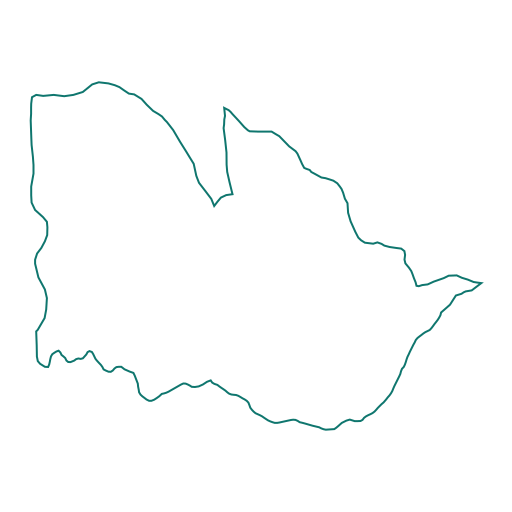 outline of Rangthangling, Chirang, Bhutan
{"feature_id": "84629894B33629251386681", "entity_name": "Rangthangling", "entity_type": "district", "adm_level": 2, "iso_a3": "BTN", "parent_name": "Bhutan", "parent_adm1": "Chirang", "projection": "equal_earth", "projection_center": [90.106, 26.982], "detail": "fine", "context": "isolated", "style": "outline", "palette": "teal", "viewbox_px": 512, "rotation_deg": 0, "n_neighbors": 0, "source": "geoboundaries", "source_scale": "gbopen_adm2", "svg_char_len": 4213}
<svg xmlns="http://www.w3.org/2000/svg" viewBox="0 0 512 512"><path d="M44.9,366.8L48.1,367.0L49.2,364.5L49.8,361.8L50.3,359.1L51.0,356.4L52.3,354.2L54.3,352.8L56.4,351.5L58.6,350.7L60.4,352.5L61.5,354.9L63.4,356.4L65.2,358.0L66.4,360.5L68.2,362.0L70.5,362.1L74.2,360.6L76.2,359.1L78.4,358.5L80.7,358.9L82.9,358.3L84.6,356.4L86.3,354.5L87.6,352.1L89.5,351.1L91.9,352.0L93.2,354.1L95.4,358.7L96.7,360.4L98.8,362.7L100.9,364.9L102.4,367.0L103.6,369.4L105.7,370.5L108.5,371.7L110.8,371.8L112.8,370.5L114.5,368.5L116.4,367.1L118.7,366.8L121.3,366.8L124.5,369.3L129.7,371.6L133.4,372.9L134.8,375.8L137.8,383.6L138.1,386.6L138.7,389.6L139.1,392.3L140.5,394.6L142.3,396.3L144.3,397.8L146.5,399.5L149.1,400.8L151.4,400.8L154.2,399.7L156.8,398.0L159.2,396.3L161.8,393.9L164.1,393.4L166.3,392.7L168.5,391.7L170.6,390.5L172.7,389.3L174.8,388.1L176.9,386.9L179.0,385.7L181.1,384.5L183.3,383.5L185.6,383.6L187.8,384.5L189.9,385.6L191.7,386.8L194.9,387.0L198.7,386.4L202.9,384.5L207.0,381.8L210.7,380.4L212.2,382.6L214.4,383.9L217.4,384.9L219.3,386.4L221.3,387.8L223.4,389.2L225.4,390.6L227.3,392.3L229.2,393.7L231.4,394.5L233.8,394.8L236.1,395.0L238.3,395.8L240.4,397.0L242.5,398.3L244.6,399.4L246.7,400.8L248.4,402.6L249.4,405.1L250.3,407.7L251.9,409.8L253.6,411.6L255.5,413.2L257.7,414.2L259.9,415.2L262.0,416.3L264.0,417.7L266.1,419.1L268.1,420.4L270.3,421.4L272.5,422.2L274.8,422.9L277.1,422.9L279.5,422.5L281.7,422.0L284.0,421.5L286.3,421.0L288.6,420.5L290.9,420.0L293.2,419.7L295.5,419.9L297.7,420.9L299.7,422.2L302.3,422.8L304.9,423.5L312.5,425.7L319.2,427.3L321.3,428.4L323.5,429.2L325.8,429.7L334.3,429.1L336.3,427.7L338.2,426.1L340.1,424.4L341.8,422.9L346.4,420.6L349.8,419.6L354.6,421.1L358.2,421.1L360.5,421.0L362.5,419.9L364.1,417.8L366.1,416.3L368.2,415.2L370.4,414.2L372.5,413.1L374.5,411.6L376.2,409.8L377.9,407.8L379.7,406.0L381.5,404.2L383.6,402.4L386.1,399.5L387.8,397.3L389.5,395.4L391.0,393.3L392.3,391.0L393.3,388.5L394.4,386.0L395.6,383.6L396.8,381.2L398.0,378.8L399.2,376.4L400.3,374.0L401.0,371.3L402.0,368.8L403.8,366.9L404.9,364.6L405.8,362.0L406.6,359.3L407.5,356.8L408.7,354.4L409.8,351.9L411.0,349.5L412.2,347.1L413.4,344.7L414.7,342.4L415.8,340.0L417.5,338.0L419.4,336.5L421.4,335.0L423.3,333.5L425.4,332.1L427.5,331.1L429.7,330.0L431.4,328.2L433.0,326.1L434.5,324.0L436.1,322.0L437.7,319.9L439.1,317.7L440.4,315.3L441.1,312.5L450.0,304.7L455.9,295.5L461.5,293.8L463.7,292.3L465.7,291.4L471.7,290.4L481.3,283.1L476.8,282.5L473.6,282.0L467.8,279.6L461.9,277.8L456.7,275.4L448.7,275.7L443.8,278.1L438.4,280.0L433.8,281.6L427.7,284.4L422.1,285.1L418.8,286.2L416.5,285.8L415.6,282.3L413.9,278.1L412.6,274.4L411.3,271.1L408.9,267.6L405.4,263.4L404.5,259.6L405.1,254.9L404.4,251.1L401.2,248.6L396.5,248.0L389.6,247.0L384.3,245.6L381.6,243.9L377.4,242.4L373.2,243.7L364.9,242.7L361.1,240.3L358.3,237.6L355.3,231.8L350.6,221.3L348.1,212.8L347.5,203.2L344.9,198.7L343.1,192.7L341.5,188.9L339.8,186.5L337.3,183.3L333.4,180.7L329.8,179.5L325.6,178.2L321.4,177.5L314.5,173.7L311.3,172.0L309.7,170.0L306.3,168.8L304.2,167.9L302.1,164.0L300.6,160.6L297.4,153.6L295.6,151.2L289.2,146.4L279.3,136.2L275.7,134.1L271.6,131.6L258.2,131.6L249.7,131.3L247.9,130.3L244.2,127.0L239.0,121.1L232.3,113.9L230.6,111.9L228.6,110.1L226.5,109.1L224.2,107.9L225.0,115.9L224.3,119.4L224.1,124.4L223.6,128.1L225.2,140.4L226.5,152.6L226.6,164.7L227.2,171.9L229.5,182.1L231.2,189.0L232.5,194.2L226.2,195.1L220.9,197.6L217.4,201.8L214.2,206.0L211.3,198.9L206.0,191.9L199.0,182.8L197.4,178.7L196.3,175.8L193.7,163.8L189.5,157.0L186.4,151.9L180.0,141.7L173.2,130.1L166.9,122.0L164.7,119.8L162.0,116.5L158.5,114.1L153.1,110.9L146.7,104.7L141.5,98.9L134.2,94.4L128.9,93.6L124.1,90.4L119.4,87.1L114.8,85.2L108.4,83.4L98.8,82.3L92.2,84.4L82.8,92.0L73.4,94.9L64.2,96.2L53.7,94.9L43.2,95.9L36.2,94.9L32.0,97.2L31.2,103.7L31.1,107.3L31.1,113.7L30.7,120.4L31.3,137.6L31.6,145.0L32.9,156.7L33.5,165.0L33.5,173.6L31.2,186.5L31.2,195.5L31.6,202.6L35.1,210.0L43.0,217.1L46.9,221.8L47.4,227.3L47.2,235.1L44.9,241.3L41.3,248.0L37.1,253.5L35.1,259.7L35.1,263.7L38.4,277.4L44.9,289.5L46.9,298.1L46.2,309.5L44.6,318.1L37.7,329.9L36.2,331.4L36.7,345.4L36.9,356.6L37.8,361.1L40.1,363.8L44.9,366.8Z" fill="none" stroke="#0f766e" stroke-width="2"/></svg>